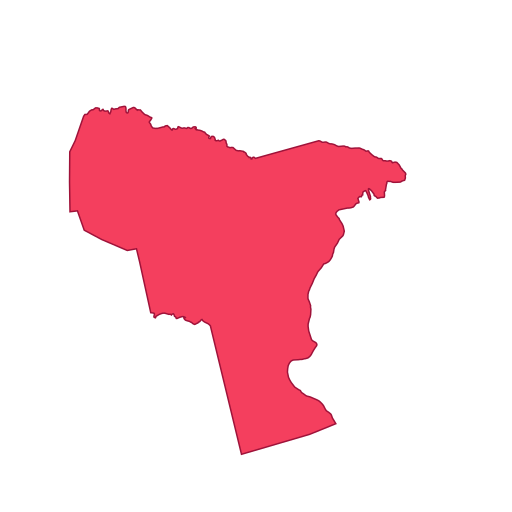 Livingstone, Southern, Zambia, rotated 254°
{"feature_id": "96606910B12959301642296", "entity_name": "Livingstone", "entity_type": "district", "adm_level": 2, "iso_a3": "ZMB", "parent_name": "Zambia", "parent_adm1": "Southern", "projection": "robinson", "projection_center": [25.872, -17.81], "detail": "fine", "context": "isolated", "style": "filled", "palette": "rose", "viewbox_px": 512, "rotation_deg": 254, "n_neighbors": 0, "source": "geoboundaries", "source_scale": "gbopen_adm2", "svg_char_len": 6128}
<svg xmlns="http://www.w3.org/2000/svg" viewBox="0 0 512 512"><g transform="rotate(254 256 256)"><path d="M72.8,286.5L79.2,284.8L82.4,284.6L83.5,284.3L85.7,282.8L87.8,281.0L89.6,280.4L93.7,279.6L95.6,278.8L97.8,277.6L99.2,276.7L100.6,275.3L105.3,269.6L106.0,268.6L107.3,266.3L108.0,265.5L110.5,263.6L112.0,262.3L113.5,261.7L114.4,261.6L115.8,260.1L119.3,257.1L124.6,255.0L127.7,254.2L130.4,253.8L135.7,254.2L139.0,255.4L141.7,256.7L143.1,257.9L144.2,259.0L145.3,260.7L145.7,262.3L145.7,263.5L144.6,268.3L144.4,269.8L143.9,271.8L143.9,274.0L143.7,275.0L143.7,277.8L144.6,280.0L145.9,281.8L148.1,283.9L149.5,285.3L151.6,287.7L153.1,289.6L154.0,290.1L155.1,290.1L156.3,289.6L158.3,287.6L159.3,286.8L160.4,286.3L169.3,286.0L174.1,286.7L176.3,287.4L181.2,290.2L182.4,291.2L184.5,292.3L189.7,294.1L191.9,294.3L193.2,294.8L197.6,294.6L200.3,294.2L201.5,294.4L204.8,295.4L207.7,297.0L208.6,297.9L210.5,299.2L214.1,302.5L218.2,305.7L220.9,308.5L223.4,310.7L224.1,311.5L226.6,315.4L229.7,318.9L229.7,320.8L230.3,323.5L230.7,324.6L231.9,326.4L233.7,328.3L234.8,329.3L236.8,330.3L238.0,331.4L240.8,332.7L242.8,334.0L245.9,337.8L249.1,340.6L251.5,345.1L252.4,345.9L255.5,347.7L260.6,348.0L263.3,347.6L267.9,346.2L269.2,346.2L270.5,345.4L273.4,344.3L274.0,344.2L275.0,344.5L275.8,345.1L276.6,346.3L277.5,348.4L276.9,357.0L276.4,359.0L276.2,360.7L276.3,363.1L276.9,364.1L278.6,366.4L278.9,367.6L278.8,369.5L279.5,369.9L283.3,369.8L284.6,371.9L283.9,373.5L284.2,373.9L285.3,374.6L285.3,375.4L287.1,376.0L288.0,376.5L288.7,378.5L288.6,379.4L286.7,379.9L283.1,380.4L281.3,380.3L278.7,380.8L278.9,381.6L279.5,382.0L280.3,382.0L281.4,382.4L287.4,382.3L289.4,382.5L289.7,382.8L289.5,383.4L286.9,385.0L282.9,386.5L281.7,386.3L281.2,386.5L280.4,387.5L278.1,388.7L277.8,390.6L277.9,391.9L277.7,392.9L277.2,395.0L277.3,395.6L278.6,396.2L282.1,397.0L282.6,397.4L283.2,398.6L284.1,398.8L289.1,401.2L289.6,401.7L290.8,402.1L291.5,402.9L291.5,403.4L291.0,404.4L290.7,405.7L289.1,408.0L288.5,409.9L287.3,414.9L287.4,415.9L287.7,416.5L287.9,418.7L287.8,419.6L287.9,419.8L289.8,421.1L291.3,421.4L292.3,421.7L293.4,422.6L294.6,422.5L298.5,420.4L299.3,420.3L300.3,419.6L304.0,418.8L307.1,417.2L307.7,416.2L308.0,415.0L308.0,412.9L308.3,412.6L309.5,412.5L310.3,411.8L310.9,410.4L310.8,409.4L311.0,408.6L311.2,407.8L311.9,406.6L312.5,404.6L313.4,404.0L314.3,403.9L315.2,403.3L315.8,401.1L316.1,400.5L317.8,399.1L318.6,397.5L319.2,396.9L321.4,395.3L323.9,393.8L325.0,393.3L325.8,393.2L326.2,392.7L326.3,391.2L326.7,390.3L327.9,389.5L328.9,388.3L329.3,387.6L330.9,385.8L331.3,385.1L332.4,381.1L333.1,377.6L334.0,375.6L335.1,374.7L335.8,373.8L336.3,372.2L337.1,371.6L337.6,370.3L338.4,366.1L338.7,365.1L340.2,363.3L341.2,362.4L341.9,361.4L342.9,359.7L343.3,358.4L344.1,357.0L345.2,356.0L346.1,355.0L346.5,353.9L346.7,352.3L347.1,351.0L349.0,349.1L349.5,348.0L350.0,282.3L351.3,281.5L351.6,281.0L351.7,280.5L351.5,279.8L351.1,279.3L350.5,278.9L350.6,278.1L352.1,278.0L352.4,277.7L352.5,277.4L352.5,276.6L353.1,276.5L354.1,275.5L356.5,274.6L357.3,274.8L357.9,274.5L359.2,273.5L359.3,273.0L360.0,272.8L361.7,269.4L361.8,268.4L362.8,266.4L363.2,265.9L366.6,263.8L367.1,262.5L367.3,260.8L368.1,259.8L368.8,258.7L369.4,258.3L371.4,258.8L372.8,258.5L374.8,258.8L375.3,258.7L376.8,257.7L377.1,257.3L377.1,256.4L376.7,254.9L376.7,254.2L376.5,253.6L376.5,253.1L376.6,252.6L376.9,252.2L377.6,251.8L377.6,250.1L377.8,249.3L378.7,248.6L379.1,248.9L379.5,248.9L381.4,248.8L382.3,248.3L382.8,247.8L383.2,246.6L383.0,245.9L382.7,245.4L381.5,244.6L381.5,244.2L382.0,243.3L382.5,243.1L383.1,243.3L384.2,244.2L385.9,242.7L386.1,242.3L386.6,241.9L386.8,241.8L388.5,241.0L389.2,240.8L389.8,239.7L391.1,238.4L392.3,236.7L393.1,234.8L393.6,234.2L393.7,233.4L395.1,232.7L395.3,233.8L396.2,233.9L396.9,233.3L397.3,231.7L397.1,230.5L396.7,230.0L396.5,229.3L396.7,228.1L397.0,227.9L397.2,227.5L397.9,227.0L398.1,226.5L398.3,225.7L397.9,225.0L397.8,224.3L398.8,222.6L399.0,222.1L399.1,220.4L399.5,219.6L401.6,217.3L401.7,217.0L401.6,216.6L400.1,215.7L399.9,214.0L400.0,213.5L401.2,212.0L401.3,211.6L401.3,211.2L400.2,210.1L400.5,209.6L403.1,208.4L405.8,206.7L406.0,205.1L406.0,204.4L405.7,204.2L405.5,203.8L405.5,202.9L405.7,202.2L405.8,196.5L406.1,196.0L406.1,195.4L406.5,194.2L407.4,192.3L407.8,191.9L410.0,191.1L411.6,191.1L413.7,190.3L414.1,190.3L414.6,190.6L415.4,191.9L417.2,193.8L417.6,193.9L418.1,193.4L418.6,192.6L419.2,192.0L420.6,190.8L421.5,189.8L422.3,188.4L423.2,187.7L426.0,186.1L428.3,185.1L428.7,183.7L429.3,182.4L429.3,182.1L429.1,182.0L429.6,181.6L430.5,181.2L430.7,180.9L431.3,180.8L432.4,179.7L432.6,179.0L432.0,175.1L431.7,173.9L431.2,173.5L429.5,172.8L429.1,172.5L428.9,172.0L429.2,171.3L429.8,170.9L431.5,171.0L433.3,171.6L435.0,171.8L435.7,171.6L436.2,170.6L436.6,165.7L436.4,165.2L435.7,164.1L436.2,161.2L436.1,159.8L437.5,158.6L437.7,157.9L436.5,157.0L434.9,156.3L434.5,155.9L434.1,155.7L433.0,154.7L434.1,153.9L436.1,153.8L436.5,153.2L436.5,152.5L436.8,151.0L437.4,150.0L438.1,149.5L439.1,149.4L439.2,149.0L438.3,147.3L438.3,146.5L438.9,145.7L439.4,145.7L440.7,146.0L441.1,145.9L442.2,144.1L442.6,142.5L441.5,139.8L441.5,139.2L441.8,138.7L441.6,137.6L441.2,136.2L440.8,135.4L440.1,134.7L439.3,133.5L438.7,132.7L439.2,130.5L437.8,128.8L416.7,114.0L407.5,105.7L378.7,97.2L349.8,89.4L348.6,96.8L328.2,98.0L326.9,99.3L314.4,112.2L296.8,133.8L295.9,143.1L282.2,142.5L230.5,139.2L229.9,140.7L229.1,142.2L228.3,142.4L226.0,141.2L225.4,141.1L225.1,141.3L224.3,142.2L224.5,142.6L225.2,142.8L225.5,143.1L226.5,146.7L226.7,148.7L226.7,150.7L226.2,152.5L223.9,156.2L223.7,157.5L222.6,158.5L223.1,158.9L223.3,160.5L222.7,160.9L221.5,161.1L220.7,161.0L220.3,161.2L219.9,161.7L219.2,162.1L218.2,162.1L217.9,162.2L217.7,162.9L218.1,165.9L218.1,168.4L217.6,169.8L216.7,170.9L216.3,171.1L216.1,170.6L216.2,169.6L215.6,169.6L214.4,170.1L213.6,170.7L212.5,172.3L211.7,173.7L211.3,174.2L210.4,175.0L210.0,175.7L208.6,176.5L207.2,178.0L207.2,179.0L207.6,180.6L207.6,181.6L208.3,182.5L208.2,182.9L208.5,183.9L209.9,186.0L209.8,186.7L208.7,186.9L207.4,187.8L206.5,188.6L203.9,191.5L201.6,192.9L69.4,187.4L69.8,258.5L72.8,286.5Z" fill="#f43f5e" stroke="#9f1239" stroke-width="1.5"/></g></svg>